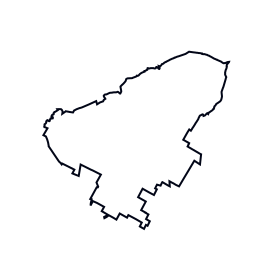 the district of Ardud, Satu Mare, Romania, rotated 287°
{"feature_id": "2599482B58089407628141", "entity_name": "Ardud", "entity_type": "district", "adm_level": 2, "iso_a3": "ROU", "parent_name": "Romania", "parent_adm1": "Satu Mare", "projection": "natural_earth1", "projection_center": [22.905, 47.656], "detail": "fine", "context": "isolated", "style": "outline", "palette": "ink", "viewbox_px": 256, "rotation_deg": 287, "n_neighbors": 0, "source": "geoboundaries", "source_scale": "gbopen_adm2", "svg_char_len": 5741}
<svg xmlns="http://www.w3.org/2000/svg" viewBox="0 0 256 256"><g transform="rotate(287 128 128)"><path d="M170.9,203.9L171.2,204.4L171.5,204.5L171.9,204.4L172.5,204.5L172.9,204.3L173.2,204.4L173.9,204.3L174.3,204.5L174.7,204.8L175.1,205.0L176.8,205.4L178.0,206.4L178.6,206.9L180.4,208.3L180.8,208.5L181.5,208.7L182.3,208.9L184.3,208.8L185.3,208.7L185.8,208.6L189.1,207.2L190.1,206.9L194.5,207.1L195.0,207.2L203.5,207.1L204.3,207.0L205.1,207.1L205.4,207.1L206.9,205.7L207.4,205.4L207.8,205.1L208.2,205.0L208.7,205.0L209.0,204.9L209.2,204.7L209.9,204.6L210.6,204.6L210.9,204.6L211.4,204.5L212.3,204.5L212.5,204.6L212.9,204.6L213.2,204.7L213.6,204.7L214.3,204.7L214.7,204.7L215.4,204.4L215.9,204.5L216.0,204.4L216.2,204.2L216.6,204.2L217.1,204.0L217.4,204.0L218.0,204.3L218.3,204.3L220.5,205.3L220.8,205.3L220.2,204.0L220.0,203.8L219.7,203.3L219.0,202.6L218.8,202.3L218.6,202.1L218.6,201.8L218.0,200.9L217.9,200.6L217.9,200.2L218.0,199.7L218.3,198.7L218.5,198.0L218.7,197.7L218.9,195.7L219.0,195.0L219.1,194.0L219.2,193.2L219.3,193.1L219.2,192.7L219.4,191.9L219.5,190.5L219.5,190.3L219.5,190.2L219.6,189.9L219.7,189.2L219.8,189.0L219.9,188.6L220.4,186.4L220.6,185.0L220.7,184.8L220.8,184.7L220.8,184.0L220.8,183.5L220.8,183.3L221.1,182.4L221.0,182.1L221.0,181.1L221.0,180.1L221.0,179.5L221.0,179.4L220.6,178.4L220.5,177.6L220.5,177.1L220.9,177.0L220.7,175.6L220.7,175.1L220.3,173.5L220.3,172.8L220.1,172.1L219.9,170.7L219.6,169.0L219.5,168.5L218.8,164.1L217.9,163.3L215.7,161.4L211.7,155.9L211.4,155.5L210.6,154.2L210.1,153.6L209.2,152.6L208.9,152.2L209.0,152.1L208.7,151.7L208.0,151.2L207.2,150.0L206.7,149.5L205.6,148.2L204.8,147.5L203.1,145.7L202.3,144.9L202.2,144.9L201.9,144.4L201.3,143.9L200.9,143.5L200.2,143.2L199.7,142.8L199.1,142.0L198.9,141.7L198.7,141.7L197.9,141.5L196.9,141.0L196.6,140.7L196.3,139.7L196.3,139.4L195.9,139.7L195.6,140.1L195.2,140.4L195.0,140.6L194.7,140.7L194.3,140.8L193.7,140.7L193.7,140.4L193.6,140.0L193.7,139.9L194.2,139.1L194.4,138.7L194.7,138.0L194.8,137.8L194.7,137.6L194.6,137.3L194.3,137.1L193.9,137.1L193.5,137.1L193.3,137.0L193.1,136.9L192.8,136.4L192.7,135.9L192.6,135.7L192.6,135.4L192.7,135.2L192.7,134.9L192.1,132.9L191.7,131.8L191.3,131.3L190.9,130.4L191.1,130.0L191.1,129.4L190.9,129.2L189.7,129.4L189.3,129.4L189.2,129.0L189.0,128.8L188.4,128.5L188.1,128.2L187.5,127.6L187.3,127.0L187.2,127.0L186.7,127.3L185.3,125.5L184.3,124.5L183.1,123.6L181.4,122.8L180.9,122.3L180.7,122.0L180.7,121.6L180.5,121.4L180.5,121.1L180.4,121.1L180.2,121.2L179.9,121.0L179.4,120.5L178.1,118.8L177.7,118.2L177.4,117.9L177.1,117.7L176.7,116.9L175.8,114.3L175.5,113.6L175.5,113.4L175.4,113.2L175.0,112.7L174.5,112.1L174.2,112.0L173.7,112.0L172.3,112.0L171.4,111.7L169.6,110.9L168.8,110.5L167.3,109.6L165.7,108.8L165.5,108.7L165.3,108.7L161.2,110.8L160.6,110.9L160.0,110.7L158.8,110.6L158.6,110.4L158.6,110.2L159.5,108.3L159.6,107.9L159.6,107.6L159.0,106.8L158.6,106.1L158.1,104.4L157.5,103.0L157.2,102.6L156.4,100.5L156.3,100.3L155.7,99.6L154.3,98.1L154.0,97.8L153.9,97.7L153.6,97.0L153.4,96.4L153.2,96.1L152.2,95.5L151.9,95.4L151.6,95.4L150.8,96.0L149.6,97.5L148.6,98.4L148.9,98.1L149.0,97.8L149.1,97.6L148.7,97.4L147.9,96.7L147.7,96.6L146.2,96.4L144.3,93.8L141.6,91.5L144.4,89.7L139.0,83.6L134.2,77.9L133.3,76.6L133.0,76.0L130.9,73.3L128.9,71.3L126.8,70.9L126.7,70.6L126.7,70.4L126.2,67.1L126.2,66.6L125.8,63.5L125.3,63.3L122.4,61.0L124.6,60.7L126.0,59.4L126.4,58.5L126.1,57.2L125.3,54.8L124.5,55.6L123.3,54.6L122.1,53.5L121.9,53.3L121.8,53.0L121.4,53.0L121.2,52.9L120.9,52.7L120.5,52.5L120.3,52.5L119.8,52.8L119.4,52.9L119.2,52.8L118.9,52.5L118.5,51.8L118.4,51.7L117.2,51.4L116.7,51.4L116.4,51.6L116.3,52.0L116.4,52.6L116.4,52.8L116.2,53.0L115.6,53.2L115.3,53.2L115.2,53.2L115.0,52.8L114.9,52.5L114.9,52.1L114.6,51.4L114.5,51.2L114.4,51.2L113.9,51.3L113.3,50.8L113.0,50.9L112.1,51.1L111.8,51.0L111.6,50.9L111.5,50.7L111.7,50.3L111.6,50.1L111.5,49.8L111.5,49.7L111.8,49.3L111.9,49.0L112.0,48.7L111.9,48.5L111.7,48.4L111.3,48.3L110.7,47.9L110.2,47.9L109.9,48.0L109.3,48.2L109.0,48.2L108.0,47.8L107.6,47.5L107.3,47.2L107.1,47.1L106.9,47.2L106.4,47.4L106.0,47.5L105.1,47.4L104.9,47.5L104.4,47.8L104.5,48.4L104.2,51.1L96.4,49.2L95.9,52.0L93.5,54.0L90.8,55.8L87.5,57.5L87.3,57.5L76.8,70.5L75.8,71.8L75.6,72.1L75.1,73.3L73.8,75.2L74.8,75.4L72.5,88.9L68.3,88.1L67.7,94.9L79.2,93.4L77.3,104.7L77.1,106.6L75.5,115.7L66.7,113.8L63.7,116.2L63.3,116.6L62.8,116.6L62.4,116.5L62.3,116.3L62.1,115.9L62.1,115.4L49.1,112.7L49.2,114.1L45.1,114.4L43.7,114.7L43.7,115.0L47.8,115.8L47.3,119.9L47.3,120.1L45.6,128.2L40.8,127.2L39.1,134.3L35.9,131.2L34.9,131.8L36.5,133.4L37.4,134.1L37.8,134.4L38.8,135.0L38.9,135.4L37.9,140.1L37.0,143.7L43.8,145.1L42.0,153.3L44.8,153.8L43.1,162.4L41.6,168.8L37.3,168.1L36.8,170.3L36.7,170.7L36.2,172.8L40.6,173.5L40.2,175.3L45.2,176.1L46.2,171.9L51.3,172.8L52.1,169.3L52.3,169.4L53.3,164.6L62.3,166.4L62.9,166.5L64.8,157.9L74.2,159.7L72.6,166.9L71.5,172.4L77.8,173.5L78.2,171.6L82.3,172.3L82.4,176.0L85.3,176.4L86.2,176.6L86.3,176.7L84.7,183.3L84.4,185.0L89.2,183.2L88.5,186.5L88.4,187.4L87.6,190.5L87.1,193.9L96.6,196.2L105.4,198.4L116.1,201.0L114.2,207.5L124.2,205.6L124.2,205.3L124.6,203.5L127.7,190.4L130.1,190.8L130.1,190.7L131.4,190.9L132.9,184.3L141.1,186.1L144.5,187.0L143.8,188.9L144.3,189.0L145.0,189.3L146.8,189.7L148.3,190.2L151.6,191.1L152.0,191.1L153.1,191.5L157.0,192.6L158.0,192.6L160.3,193.0L160.8,193.1L161.5,193.9L161.6,194.0L161.8,194.2L162.2,194.5L162.8,195.3L162.9,195.5L162.7,195.9L161.8,196.6L161.6,196.7L161.8,197.0L162.2,197.5L162.5,197.9L163.9,198.6L165.2,199.3L165.4,199.7L165.5,199.8L165.4,199.9L165.1,199.7L165.0,199.8L164.7,200.6L166.0,200.7L166.3,200.8L167.4,201.7L169.8,203.6L170.3,203.8L170.8,203.9L170.9,203.9Z" fill="none" stroke="#020617" stroke-width="2"/></g></svg>